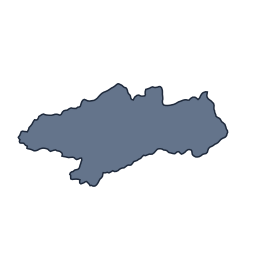 outline of Cachoeira de Pajeú, Minas Gerais, Brazil, rotated 36°
{"feature_id": "56859067B3346078437629", "entity_name": "Cachoeira de Pajeú", "entity_type": "district", "adm_level": 2, "iso_a3": "BRA", "parent_name": "Brazil", "parent_adm1": "Minas Gerais", "projection": "equal_earth", "projection_center": [-41.503, -15.962], "detail": "fine", "context": "isolated", "style": "filled", "palette": "slate", "viewbox_px": 256, "rotation_deg": 36, "n_neighbors": 0, "source": "geoboundaries", "source_scale": "gbopen_adm2", "svg_char_len": 4263}
<svg xmlns="http://www.w3.org/2000/svg" viewBox="0 0 256 256"><g transform="rotate(36 128 128)"><path d="M77.5,130.1L75.8,130.6L75.1,132.1L75.2,134.0L75.6,135.4L76.1,136.8L76.7,138.7L76.0,139.9L75.1,140.7L74.6,142.6L73.1,143.7L71.7,144.6L70.2,145.2L69.1,147.0L68.4,149.2L67.0,150.5L66.0,151.7L65.6,153.7L66.0,156.3L65.3,157.7L64.2,158.0L63.1,158.3L61.9,159.0L60.8,159.9L60.1,160.9L58.7,162.6L57.2,163.7L55.8,164.6L54.2,165.5L52.7,166.1L51.5,166.3L50.5,167.6L49.8,169.4L49.1,171.1L49.6,172.7L49.8,174.3L49.1,175.5L47.6,176.2L47.6,177.9L47.8,179.5L48.1,181.5L48.0,183.7L47.7,185.8L48.4,187.6L48.8,190.3L47.4,191.0L46.3,191.7L44.6,192.5L43.8,193.7L44.2,195.3L44.8,197.7L44.7,200.0L46.1,200.7L47.4,200.9L47.9,202.6L49.1,203.5L50.2,203.2L51.2,202.4L52.7,201.6L53.9,201.9L55.2,202.2L57.2,201.9L58.1,203.8L59.3,203.6L60.5,203.0L62.3,202.3L64.0,201.9L65.3,201.7L66.4,200.9L67.4,199.8L68.2,198.4L68.7,197.2L69.8,195.6L70.8,194.5L71.9,193.7L73.1,193.1L74.3,192.6L75.7,192.2L77.2,192.5L79.0,192.5L79.9,191.2L81.0,189.7L82.3,188.3L83.9,188.2L85.5,187.4L87.0,186.9L88.3,187.0L89.5,187.2L90.4,188.0L91.1,189.6L92.7,188.9L94.5,188.0L96.0,187.4L97.4,186.8L98.8,185.5L100.5,184.1L102.1,183.6L103.5,183.9L105.0,183.7L106.2,182.1L107.0,180.5L108.1,179.7L109.5,181.1L110.0,183.0L110.6,184.5L111.1,186.2L111.7,187.8L112.1,189.1L111.7,191.0L110.6,192.2L109.6,193.4L109.2,195.4L108.3,196.4L107.7,198.0L108.1,199.7L109.4,200.0L110.5,201.5L111.6,202.8L113.1,202.4L114.4,201.2L116.1,199.8L117.8,198.8L119.6,198.1L120.2,199.5L121.2,200.8L122.7,200.9L123.8,199.3L124.6,198.0L125.1,196.5L126.0,195.6L127.2,195.9L128.6,196.0L130.0,196.4L131.2,196.9L132.1,195.9L133.7,195.6L134.8,194.9L135.6,193.9L136.0,192.3L136.0,190.4L135.8,188.9L135.5,187.1L135.4,185.3L135.8,183.9L135.7,182.0L134.8,180.3L134.2,178.7L135.8,177.8L137.3,176.0L139.0,175.5L139.9,173.7L140.8,171.5L142.6,171.2L144.0,170.0L145.0,168.2L145.3,166.7L146.0,165.0L147.0,163.6L148.2,162.6L148.8,160.8L149.4,158.7L150.4,157.5L151.5,156.9L152.3,155.8L152.4,154.0L152.4,151.8L153.6,150.1L154.5,148.8L155.0,147.1L156.1,145.1L156.2,143.4L156.6,141.0L158.5,140.0L159.7,138.0L160.6,136.6L161.7,135.9L163.0,134.8L163.7,132.7L163.9,130.3L164.2,128.0L165.1,126.7L166.5,125.7L168.0,125.0L169.9,124.8L171.2,124.0L172.7,123.5L174.1,123.7L175.5,123.8L177.6,122.9L179.5,122.2L181.0,121.3L181.4,119.9L181.8,118.4L183.0,117.3L184.2,117.5L185.5,117.7L186.6,117.7L187.6,116.2L188.3,114.2L188.6,112.0L189.3,110.2L190.7,109.1L192.2,108.7L193.2,109.2L194.3,110.3L195.5,111.5L196.8,111.9L198.1,111.9L199.8,111.6L201.1,110.7L202.4,109.4L203.3,107.6L203.9,105.4L205.0,104.0L206.1,102.8L206.4,100.9L205.7,99.0L205.2,97.2L205.6,95.1L206.6,93.5L207.3,91.9L207.8,90.1L208.8,88.4L209.4,86.7L209.6,84.8L209.8,82.8L210.6,80.7L211.5,79.3L212.1,78.0L212.2,76.2L211.5,74.5L211.2,73.0L210.0,71.7L208.1,71.0L206.7,69.8L205.5,69.0L204.2,68.1L202.7,68.0L201.4,67.8L200.3,67.9L199.0,67.4L197.4,66.6L195.7,66.5L194.4,66.8L192.4,66.8L190.9,65.5L189.6,64.8L188.6,64.0L187.8,63.1L186.7,62.5L185.7,61.3L184.3,59.1L182.7,57.8L181.4,57.7L179.8,57.3L178.0,57.3L176.9,57.3L175.5,57.2L173.8,56.5L172.5,55.2L171.8,53.7L171.0,52.2L169.5,53.1L168.4,54.6L167.8,55.8L167.6,57.3L167.8,59.4L168.3,61.6L167.9,63.8L166.0,63.6L164.6,63.6L163.5,64.1L162.2,65.1L161.3,67.3L161.0,69.6L160.0,70.3L158.8,70.8L157.6,71.6L156.4,72.9L155.3,74.6L154.6,75.7L153.7,76.9L153.0,78.4L152.3,80.1L151.1,82.1L150.0,83.3L149.1,84.4L148.1,85.4L146.7,86.6L145.1,87.7L143.5,88.4L142.1,88.1L140.9,87.2L139.8,85.7L139.3,84.4L138.5,83.3L137.4,82.0L136.1,80.6L134.9,78.9L133.8,77.5L132.7,76.6L131.4,75.7L129.8,75.6L128.8,76.2L127.8,77.7L126.3,79.2L125.3,79.8L123.8,80.2L122.8,81.5L122.2,82.8L121.5,83.9L120.6,85.2L119.7,86.3L120.5,88.4L121.5,89.9L122.4,90.7L122.7,92.1L121.3,93.5L119.9,94.5L118.8,94.8L117.4,95.0L116.1,96.3L115.3,99.0L115.5,100.7L115.8,102.2L114.5,102.7L113.1,102.5L112.2,101.7L111.1,100.7L110.0,100.2L108.1,99.9L106.5,99.0L105.6,98.1L104.1,97.1L102.6,96.7L101.3,97.3L99.6,97.3L98.3,97.1L97.1,97.2L95.7,97.5L94.5,97.7L93.6,98.5L93.1,100.2L92.7,101.9L92.0,103.8L91.2,105.3L90.5,107.3L89.7,109.4L88.4,111.8L87.4,113.3L86.6,115.1L86.2,116.8L86.0,118.3L85.8,120.0L85.7,121.8L85.2,123.6L84.4,125.5L83.0,126.9L81.1,128.8L79.3,129.8L77.5,130.1Z" fill="#64748b" stroke="#1e293b" stroke-width="1.5"/></g></svg>